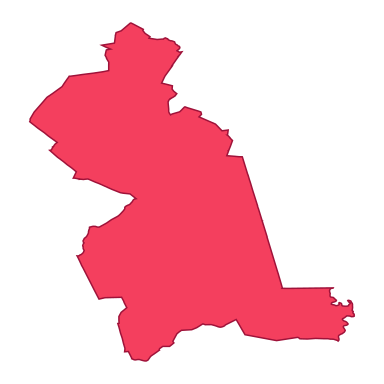 Daukstu pag., Gulbene, Latvia
{"feature_id": "27541924B23871708016043", "entity_name": "Daukstu pag.", "entity_type": "district", "adm_level": 2, "iso_a3": "LVA", "parent_name": "Latvia", "parent_adm1": "Gulbene", "projection": "natural_earth1", "projection_center": [26.741, 57.077], "detail": "fine", "context": "isolated", "style": "filled", "palette": "rose", "viewbox_px": 384, "rotation_deg": 0, "n_neighbors": 0, "source": "geoboundaries", "source_scale": "gbopen_adm2", "svg_char_len": 5744}
<svg xmlns="http://www.w3.org/2000/svg" viewBox="0 0 384 384"><path d="M338.1,341.1L338.6,340.6L338.9,340.1L339.0,339.0L338.6,337.7L338.5,336.9L338.5,336.0L338.7,335.6L339.1,335.2L340.8,334.2L342.2,333.7L344.3,332.1L344.7,331.5L345.2,330.6L345.0,329.9L343.5,327.5L343.3,327.1L343.3,326.6L343.5,326.2L343.8,325.9L344.6,325.6L346.1,325.3L346.8,325.1L347.8,324.5L348.0,324.2L348.0,323.7L346.8,322.3L345.7,321.5L343.9,320.9L342.5,319.7L342.4,319.5L342.4,319.1L342.6,318.7L344.4,317.8L346.8,315.9L347.8,315.9L350.0,316.1L351.1,316.6L351.7,316.7L353.3,316.6L354.2,316.2L354.3,315.9L354.1,315.6L354.2,314.3L354.1,314.1L353.1,313.2L352.9,312.5L352.9,312.3L353.2,311.9L353.2,311.6L353.2,311.4L352.2,310.6L352.6,307.6L352.5,305.6L352.5,304.2L352.3,303.5L351.1,301.7L350.9,301.1L349.5,300.5L348.5,300.3L348.0,300.4L347.8,300.5L348.4,301.6L348.9,302.1L350.2,303.0L350.3,303.3L350.2,303.5L349.9,303.9L349.0,304.5L348.8,304.8L348.5,305.7L347.4,306.1L346.3,306.2L345.0,306.2L343.0,306.0L342.3,305.8L341.9,305.5L341.7,304.2L341.4,303.5L340.8,303.1L339.4,302.6L338.9,302.9L338.9,303.3L339.0,303.8L339.3,304.1L339.2,304.5L338.8,304.9L338.4,305.1L337.0,305.6L335.9,305.7L334.5,305.0L332.1,304.5L331.6,304.3L331.3,304.1L331.4,303.6L331.4,303.3L331.9,302.7L332.5,302.4L334.4,301.9L334.9,301.7L335.9,301.2L336.2,300.9L336.4,300.5L336.4,300.3L334.6,298.7L334.1,298.3L333.6,297.6L333.0,297.4L330.9,297.1L330.4,296.8L330.1,296.2L330.0,295.3L330.2,293.2L329.8,292.6L329.6,291.3L329.5,291.0L329.6,290.3L330.3,289.0L330.7,288.7L331.1,288.5L331.7,288.3L333.1,288.1L333.2,287.9L290.1,288.4L289.7,288.4L286.0,288.4L282.3,288.3L282.4,288.2L280.9,282.9L278.5,274.8L278.5,274.6L277.4,271.2L267.0,237.0L267.1,236.8L262.3,221.3L262.4,221.0L262.2,221.0L258.3,208.3L257.9,207.4L257.6,206.4L257.6,205.9L254.0,194.5L252.9,191.1L250.2,182.0L249.5,180.0L248.0,174.9L247.8,174.7L242.3,156.8L238.6,156.7L234.5,156.3L226.8,155.7L228.8,150.3L228.7,150.3L228.8,150.2L230.4,146.3L232.5,140.5L230.1,138.1L230.1,137.8L228.2,135.8L227.4,135.2L227.5,135.2L228.2,130.0L222.0,130.8L215.5,124.1L199.0,116.9L201.5,114.4L201.5,114.2L200.9,112.0L198.8,111.2L187.6,107.8L185.1,106.9L184.5,107.0L184.1,107.4L182.2,109.3L181.9,109.7L179.8,111.7L179.4,111.9L172.1,114.0L170.5,114.9L169.3,113.1L168.8,112.0L168.7,111.2L168.7,109.0L168.3,104.7L168.2,103.8L168.1,101.8L168.3,101.6L168.6,100.9L168.6,100.5L169.0,100.0L170.2,99.0L170.8,98.6L170.6,98.5L172.8,97.4L175.1,95.9L175.5,95.4L175.4,95.3L176.8,93.7L173.7,91.2L172.1,89.1L172.4,85.8L167.7,84.6L161.6,83.1L163.4,79.4L164.1,77.8L165.1,75.9L172.3,65.9L171.9,65.8L176.5,59.2L178.4,56.6L178.1,56.5L178.5,56.0L178.8,55.8L179.4,55.0L179.6,55.0L181.9,51.8L179.5,52.2L177.6,51.1L177.0,50.9L176.9,50.7L177.7,50.1L178.8,49.3L179.1,49.0L179.8,48.0L179.8,47.8L179.6,47.5L179.8,47.2L179.4,46.4L177.8,45.7L177.4,45.1L176.9,44.8L176.3,44.6L175.5,44.0L174.8,42.6L174.6,41.9L173.7,41.5L171.7,40.8L170.6,40.8L168.8,40.0L168.2,39.6L167.7,38.8L167.5,38.7L167.1,38.7L165.5,37.9L164.2,38.3L163.4,39.1L161.9,39.1L157.1,39.5L149.0,38.2L150.0,36.7L145.1,33.4L142.8,30.5L143.3,29.4L136.7,25.9L133.1,24.0L131.0,23.0L130.3,23.1L121.2,30.8L116.1,32.6L115.3,35.6L115.4,35.8L114.5,42.9L114.4,43.1L110.3,43.8L101.8,45.2L105.8,47.1L110.6,49.1L106.4,49.9L106.1,50.8L105.1,55.3L106.6,58.0L106.5,58.4L108.8,62.2L108.7,64.0L108.8,64.2L108.7,64.6L108.7,70.6L102.6,71.8L93.1,73.2L82.5,74.5L77.2,75.3L70.5,76.2L69.2,76.2L68.6,77.2L67.3,78.9L64.1,83.5L62.1,86.6L52.6,93.5L50.5,94.9L49.2,95.9L48.8,96.0L46.9,97.4L43.3,101.6L34.2,112.0L30.1,119.0L30.2,120.5L29.7,121.7L38.2,128.4L44.3,132.7L47.8,135.6L51.2,138.1L57.2,142.4L54.9,144.3L53.9,145.7L53.7,146.3L53.1,146.6L52.5,147.0L52.8,147.5L52.2,148.2L51.7,149.4L51.4,149.8L50.8,150.1L49.7,150.3L51.6,152.0L53.1,153.3L54.3,154.4L57.5,157.2L62.9,161.2L67.3,164.8L71.5,167.8L76.3,171.8L73.3,178.1L74.4,178.1L77.7,178.7L78.0,178.9L78.8,178.8L79.2,178.8L79.5,178.9L79.4,179.3L80.7,179.2L82.8,179.4L83.2,179.5L85.4,179.2L87.9,179.0L89.3,179.5L95.2,182.1L98.9,183.5L111.8,189.3L120.4,192.7L123.2,193.2L130.0,193.9L136.1,198.7L134.7,199.0L133.6,199.6L133.3,199.9L132.2,201.8L131.4,202.5L130.4,203.8L129.2,204.7L127.6,205.3L125.9,206.2L125.3,206.7L124.8,207.3L124.8,208.7L124.7,209.0L123.1,211.1L119.6,214.8L118.3,215.9L117.0,216.7L111.4,219.7L106.5,223.1L99.2,227.1L97.5,227.1L95.5,226.4L93.5,226.3L92.5,226.4L89.5,227.2L89.4,228.0L89.5,228.5L89.4,228.9L88.8,230.1L88.4,232.2L88.5,232.9L88.1,233.7L87.3,235.3L86.4,236.7L84.2,238.5L83.8,239.6L83.1,240.6L83.2,241.9L84.0,242.9L83.2,244.1L82.7,245.6L82.7,246.0L83.1,246.5L83.2,247.0L83.1,247.6L83.1,248.2L83.5,249.4L84.0,250.1L84.2,250.6L83.7,251.4L83.6,252.0L82.9,253.0L81.1,254.6L80.6,254.7L80.0,254.9L79.5,255.5L78.6,255.8L77.9,256.0L77.1,255.9L78.2,258.0L80.8,263.5L81.6,265.4L82.9,267.7L92.3,286.1L94.0,289.5L99.0,299.1L105.0,297.7L121.6,297.3L123.6,301.0L124.2,302.7L126.8,307.7L121.1,312.4L118.9,316.5L118.9,320.1L119.1,323.2L117.8,323.5L119.0,327.3L120.6,333.4L122.2,338.1L123.5,343.5L124.9,348.2L124.9,348.6L124.9,349.3L124.6,351.8L128.4,351.5L132.0,358.7L131.9,358.8L134.2,359.8L135.5,359.9L137.8,359.5L139.3,359.5L143.1,360.6L145.1,361.0L146.5,360.9L148.1,360.0L150.3,356.8L151.2,355.9L156.7,352.1L159.2,350.3L159.0,350.2L159.6,348.6L162.5,346.6L162.8,346.4L169.6,346.4L172.0,344.5L173.9,342.9L172.9,341.5L172.9,341.2L176.9,333.8L179.3,331.8L181.5,330.3L191.8,329.7L196.7,327.7L202.8,323.9L203.0,323.9L205.2,324.7L211.3,324.6L214.6,325.5L218.2,326.7L218.2,326.8L220.2,327.2L221.7,327.0L223.2,326.5L224.6,325.8L225.4,324.9L236.2,319.5L245.0,334.7L276.6,340.6L297.3,337.4L297.9,337.4L298.8,337.8L299.7,338.7L300.2,338.8L307.4,339.0L315.7,338.4L323.6,338.7L327.9,338.7L330.1,339.1L333.4,339.2L337.9,340.6L338.1,340.8L338.0,341.0L338.1,341.1Z" fill="#f43f5e" stroke="#9f1239" stroke-width="1.5"/></svg>